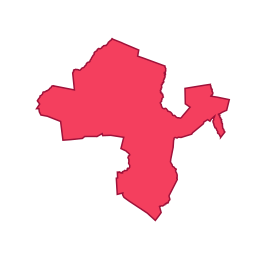 Laikipia West, Rift Valley, Kenya (Robinson projection), rotated 15°
{"feature_id": "3690345B46461276162505", "entity_name": "Laikipia West", "entity_type": "district", "adm_level": 2, "iso_a3": "KEN", "parent_name": "Kenya", "parent_adm1": "Rift Valley", "projection": "robinson", "projection_center": [36.893, -0.075], "detail": "fine", "context": "isolated", "style": "filled", "palette": "rose", "viewbox_px": 256, "rotation_deg": 15, "n_neighbors": 0, "source": "geoboundaries", "source_scale": "gbopen_adm2", "svg_char_len": 5795}
<svg xmlns="http://www.w3.org/2000/svg" viewBox="0 0 256 256"><g transform="rotate(15 128 128)"><path d="M218.7,85.4L218.5,74.4L206.5,75.1L199.8,75.8L200.0,74.9L200.4,74.8L200.7,74.5L200.6,74.1L201.0,73.4L200.9,73.0L201.0,72.3L200.7,71.8L200.1,71.4L200.1,71.0L199.9,70.7L199.5,70.6L199.4,70.2L199.5,69.4L199.2,69.1L199.1,68.8L198.8,68.9L198.2,68.6L198.1,68.2L198.1,67.8L197.9,67.6L197.5,67.0L197.2,66.8L197.1,66.5L197.2,66.0L196.7,65.6L196.4,65.0L196.1,64.9L196.1,64.6L190.3,67.1L172.8,75.0L177.1,89.8L182.6,91.8L177.6,102.3L177.0,103.8L176.3,104.8L175.9,105.0L174.1,105.0L173.8,105.2L172.9,105.3L171.3,104.8L171.0,104.5L170.1,103.9L169.2,103.8L168.8,104.2L167.9,104.2L167.6,103.9L167.2,103.2L165.8,102.1L164.8,101.6L163.6,101.4L163.0,101.5L162.1,101.4L162.0,101.0L159.8,99.4L159.2,99.3L158.8,99.4L158.5,99.6L158.3,99.9L158.0,100.1L156.3,99.9L155.8,99.5L154.8,98.3L154.2,97.3L154.0,96.7L153.4,96.3L152.6,95.4L152.8,94.8L153.5,93.5L153.3,93.2L153.3,92.3L153.4,91.9L153.4,91.5L153.1,91.2L153.2,90.6L154.1,89.0L153.8,88.8L153.5,87.9L153.4,87.7L153.0,87.6L152.9,86.6L152.6,86.3L151.9,86.1L151.6,86.2L151.4,85.5L151.1,85.6L151.0,85.8L150.7,85.6L150.6,85.3L150.2,85.2L150.0,84.7L150.3,84.4L150.2,84.0L149.5,83.3L149.6,82.9L150.0,82.2L149.9,81.9L149.6,81.2L150.2,80.4L150.0,80.1L149.4,78.1L149.1,77.8L149.8,76.9L149.7,76.4L150.0,76.1L149.7,75.8L149.6,75.4L149.8,75.1L150.1,75.2L150.5,74.7L150.7,74.3L150.5,73.8L150.3,73.7L150.1,73.4L149.9,72.2L150.1,71.9L150.4,71.0L150.1,70.8L150.2,70.2L150.5,69.7L150.5,69.2L150.4,68.5L149.7,67.7L149.8,67.2L150.2,67.2L150.4,66.9L150.1,66.6L150.1,66.2L150.0,65.8L149.4,66.2L149.0,66.1L149.1,65.2L148.8,64.9L149.5,64.5L149.6,64.2L149.6,63.5L149.7,63.2L149.5,62.5L149.3,62.3L149.2,61.2L149.1,60.8L148.5,60.2L147.9,59.5L147.7,58.6L124.5,56.5L118.7,56.1L118.2,49.9L102.3,47.7L99.4,47.2L90.6,46.2L89.5,45.8L89.2,46.5L89.2,47.1L88.7,47.8L88.3,48.0L87.8,49.1L86.9,50.2L86.6,51.7L85.6,53.9L85.4,54.1L84.9,54.0L84.6,54.1L84.3,54.4L83.2,54.8L82.7,55.8L82.2,56.2L81.9,57.0L81.9,57.5L80.7,58.6L79.7,58.9L79.5,58.7L79.2,58.7L78.3,59.7L78.0,60.2L78.1,61.2L77.9,61.4L76.4,63.0L75.9,63.9L76.1,64.3L75.9,64.6L76.2,65.4L76.1,66.0L75.5,66.9L75.0,68.7L74.7,69.6L74.5,71.1L74.2,71.7L74.0,72.4L73.9,73.1L74.0,73.5L73.6,74.2L73.0,74.6L72.5,74.7L72.3,74.9L71.6,75.9L71.3,76.1L71.1,77.2L71.2,77.8L71.1,78.2L70.9,78.4L70.8,78.7L70.5,79.0L70.2,79.5L70.0,80.4L69.6,80.9L69.4,81.2L68.2,81.9L67.6,82.9L67.6,83.2L67.3,83.6L66.6,84.7L65.5,84.8L65.2,84.6L64.3,84.6L63.7,84.7L63.4,84.9L62.5,84.8L62.2,84.9L61.4,85.7L61.1,85.6L60.6,86.0L60.5,86.3L60.8,87.0L60.9,87.7L60.5,88.1L60.6,88.5L60.3,89.1L66.4,105.1L46.3,106.5L46.0,106.7L45.7,106.5L45.3,106.7L45.0,106.5L43.7,107.1L43.4,107.8L43.3,108.1L43.3,108.5L43.2,108.9L42.5,109.7L42.1,110.0L42.0,110.5L42.0,110.9L41.8,111.3L41.5,111.5L40.1,113.1L39.7,113.1L39.3,113.7L38.7,114.1L38.2,114.8L37.4,114.9L36.7,115.3L36.6,115.6L36.7,116.3L36.6,117.3L36.3,117.9L36.0,118.6L35.4,119.3L35.1,119.4L34.8,119.7L34.9,120.0L34.8,120.3L34.9,121.3L34.0,123.2L33.4,125.2L36.5,127.7L34.7,133.0L36.9,132.4L38.2,135.4L40.5,138.0L47.1,137.5L61.2,139.1L68.3,156.6L75.8,154.0L86.6,149.9L88.4,147.4L99.1,144.5L100.2,144.3L104.5,140.1L105.5,141.9L113.3,139.5L126.3,138.1L126.5,149.7L132.1,150.7L133.0,151.3L134.1,151.7L136.2,152.9L136.3,153.3L136.6,153.4L136.6,153.9L136.4,154.2L135.7,155.0L135.9,155.3L135.6,156.2L135.6,156.5L135.7,156.8L136.8,157.9L137.0,158.2L137.1,158.9L137.5,159.8L137.6,160.8L137.6,161.3L137.8,162.1L138.7,162.9L139.4,163.8L139.8,165.4L139.4,166.6L139.0,167.2L138.3,166.9L138.0,167.0L137.9,167.3L137.9,167.7L137.9,168.0L138.1,168.5L137.9,168.8L137.9,169.3L137.4,169.5L136.2,170.0L135.9,169.9L135.8,170.2L134.2,171.5L134.3,172.4L134.1,172.3L133.5,172.6L133.7,173.0L132.9,173.3L132.7,173.0L132.3,172.9L131.9,173.0L131.3,172.6L130.7,172.8L130.9,173.2L130.1,173.5L129.2,173.4L129.3,173.9L130.9,178.9L129.7,179.5L134.8,194.9L139.8,192.1L140.0,193.7L140.3,194.1L141.8,195.8L142.5,196.2L148.0,198.3L168.6,205.2L178.3,210.2L180.3,205.4L181.9,201.1L178.7,195.6L179.0,195.3L179.6,195.3L180.1,194.7L180.5,194.5L181.8,194.3L182.4,193.4L182.9,192.9L183.2,192.8L183.5,192.6L183.6,191.6L183.9,191.3L184.4,191.3L184.4,190.9L184.7,190.7L184.8,190.4L185.3,190.0L185.9,190.2L186.2,189.4L186.1,188.9L186.4,187.3L186.9,186.7L186.9,186.0L185.3,183.3L185.2,182.5L188.9,165.2L188.9,164.9L188.3,163.7L188.1,163.8L188.0,163.5L188.3,163.3L188.1,162.5L187.8,161.1L187.4,160.2L186.6,159.0L185.5,157.9L185.0,156.9L185.0,156.5L185.3,155.6L185.1,155.2L184.7,155.0L184.0,155.1L183.7,154.9L183.1,154.2L182.3,153.8L181.1,153.6L180.8,153.3L179.9,151.8L179.2,151.3L177.8,149.8L177.7,149.5L177.7,148.8L177.5,147.9L177.4,147.2L176.6,135.0L175.3,128.4L175.2,127.9L175.4,127.1L175.1,126.5L175.2,125.7L175.6,125.2L175.9,125.0L176.3,124.9L178.0,125.0L178.8,124.1L179.3,123.8L181.7,123.4L190.9,117.6L191.2,117.3L191.5,116.0L199.5,104.7L199.7,104.3L199.7,103.1L199.7,102.7L199.9,102.4L202.8,99.3L205.4,100.2L205.8,98.7L206.2,97.7L207.2,96.1L208.6,94.1L208.6,94.8L208.4,95.2L208.5,95.5L208.2,96.3L208.2,96.8L208.7,97.8L208.7,98.2L208.3,99.0L208.3,99.5L208.9,100.6L208.9,100.9L209.4,101.2L210.6,103.5L211.6,104.5L211.8,105.1L212.3,105.4L213.1,105.4L213.3,105.5L213.9,106.6L214.6,107.4L215.6,108.2L215.8,108.6L215.7,109.4L215.9,109.7L216.5,110.0L217.6,110.3L218.0,110.9L218.4,111.2L218.8,111.8L219.1,112.1L219.4,112.1L219.7,112.4L219.9,113.2L222.6,106.8L222.4,106.5L221.6,106.1L221.0,104.9L220.5,104.3L219.8,104.1L219.5,103.7L219.3,102.8L218.7,101.7L218.4,100.4L218.2,100.1L218.0,99.2L217.5,98.9L217.3,98.6L217.0,98.7L216.6,97.7L216.8,97.2L216.0,96.5L216.2,95.6L215.4,95.1L214.9,95.1L214.7,94.1L214.1,93.9L213.6,93.4L213.4,93.0L213.3,92.7L213.6,92.4L213.4,92.1L212.0,91.7L211.8,91.3L212.6,90.6L213.3,90.3L214.4,88.8L217.8,86.0L218.7,85.4Z" fill="#f43f5e" stroke="#9f1239" stroke-width="1.5"/></g></svg>